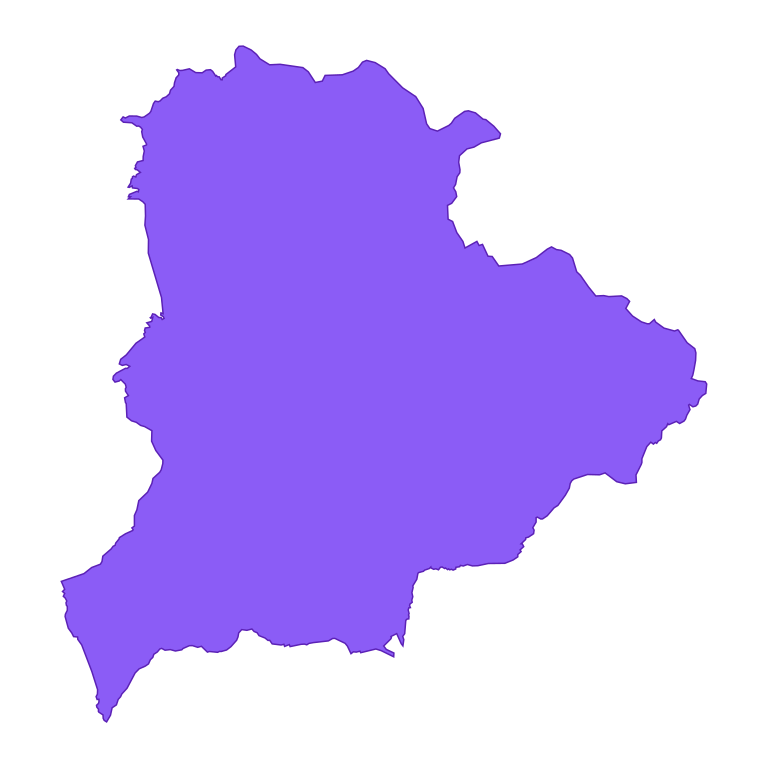 the district of Camarzana, Satu Mare, Romania
{"feature_id": "2599482B36340809154582", "entity_name": "Camarzana", "entity_type": "district", "adm_level": 2, "iso_a3": "ROU", "parent_name": "Romania", "parent_adm1": "Satu Mare", "projection": "albers", "projection_center": [23.295, 48.003], "detail": "fine", "context": "isolated", "style": "filled", "palette": "violet", "viewbox_px": 768, "rotation_deg": 0, "n_neighbors": 0, "source": "geoboundaries", "source_scale": "gbopen_adm2", "svg_char_len": 6045}
<svg xmlns="http://www.w3.org/2000/svg" viewBox="0 0 768 768"><path d="M705.2,381.7L697.9,380.9L691.3,378.5L692.8,375.1L693.9,370.0L695.6,360.4L695.9,352.9L694.8,348.7L687.1,342.7L678.5,330.3L677.8,329.8L674.5,331.0L664.0,328.1L655.7,322.1L654.3,319.5L649.5,323.7L647.4,323.8L641.5,321.9L632.5,316.0L625.8,308.5L629.6,301.4L626.9,298.6L621.6,295.9L608.8,296.6L603.7,295.6L595.8,296.0L588.4,286.8L580.4,275.3L576.7,271.8L572.5,258.0L569.6,254.5L561.1,250.3L556.5,249.6L551.5,246.9L547.3,249.1L536.3,257.6L522.3,264.0L498.8,266.0L492.2,256.5L488.0,256.2L482.5,244.4L479.1,245.5L476.9,241.4L465.0,248.0L462.9,241.4L456.8,232.6L452.6,221.5L448.1,219.2L447.5,205.4L451.7,203.3L456.7,196.6L455.8,191.8L453.5,187.9L455.6,184.4L457.1,176.7L459.8,172.8L460.0,169.7L458.7,162.3L459.5,155.7L467.0,148.9L474.0,147.1L481.4,142.8L499.3,138.1L500.5,133.8L493.8,126.2L485.8,119.6L483.1,119.2L475.5,112.9L468.4,110.8L464.6,111.4L454.7,118.3L451.4,123.2L448.9,125.4L437.4,131.1L429.9,128.6L426.6,123.8L423.1,108.4L415.8,96.7L402.6,87.8L388.7,73.8L385.1,68.7L375.2,62.6L366.6,60.4L362.5,62.1L358.4,67.5L353.2,71.1L342.3,74.8L325.1,75.4L322.3,81.1L315.3,82.5L308.3,71.8L302.9,67.6L280.1,64.3L269.6,64.8L259.9,58.8L256.5,54.4L251.2,50.0L243.2,46.1L239.0,46.3L235.9,49.9L234.6,54.8L235.7,66.9L225.9,74.5L225.7,75.8L222.3,78.0L222.2,79.8L221.0,79.8L219.2,76.8L217.7,76.8L216.3,75.5L215.7,76.0L212.6,71.3L210.5,69.7L206.1,70.1L202.2,72.8L195.7,72.6L189.4,68.8L182.4,70.4L179.8,70.5L177.3,69.5L176.7,69.9L178.8,72.8L178.7,75.0L176.1,77.8L174.5,82.8L174.0,86.4L170.5,90.2L169.5,93.8L166.2,96.8L162.8,98.2L160.0,101.0L158.3,101.7L155.2,101.1L153.5,103.5L150.9,111.3L149.5,113.2L144.2,116.9L141.8,117.5L136.8,116.1L129.3,116.0L125.4,118.0L123.1,116.9L120.8,119.9L123.4,122.2L131.9,122.8L136.7,126.2L138.6,126.0L140.5,127.1L142.4,129.5L141.7,131.6L142.7,137.0L146.6,144.1L146.5,144.9L143.0,146.3L144.3,151.0L143.2,156.4L143.1,160.5L137.5,161.9L135.4,165.6L135.9,167.7L134.7,168.3L135.4,169.5L137.2,169.8L140.4,172.4L136.5,174.7L135.8,176.9L133.5,176.1L132.5,176.8L132.3,178.5L131.3,179.1L130.6,183.2L128.1,187.1L129.2,187.4L132.1,185.9L132.5,187.9L137.4,188.5L138.8,189.5L138.3,191.8L136.9,191.3L129.4,194.4L128.4,196.7L130.5,196.8L128.3,198.9L138.7,199.0L142.9,201.8L145.2,204.3L145.5,215.9L144.9,225.2L148.5,239.5L148.3,253.1L161.5,297.5L163.1,313.7L161.0,312.9L160.7,315.0L163.3,316.6L164.1,318.4L162.2,319.5L161.1,317.6L158.8,317.5L155.0,314.4L152.6,313.9L151.2,317.1L150.3,317.7L150.8,318.2L152.8,317.4L151.7,321.4L146.8,322.8L149.7,326.1L149.7,327.3L145.2,328.0L144.5,330.6L145.3,332.4L143.8,333.9L144.8,337.0L136.0,343.2L126.3,354.9L120.7,359.3L119.3,363.9L122.3,365.4L126.2,364.5L129.8,366.3L127.3,368.4L125.5,368.3L116.4,373.1L113.4,376.2L112.9,379.4L115.0,382.1L119.2,381.0L120.8,379.6L125.3,384.1L126.2,387.3L125.4,388.7L125.5,391.2L128.4,395.6L124.6,397.8L125.5,402.7L126.2,403.5L126.9,417.1L131.5,420.8L136.3,422.3L140.6,425.4L144.7,426.6L151.9,430.7L151.6,441.2L155.8,450.5L162.9,460.1L162.8,463.6L161.2,469.8L159.7,472.3L153.0,478.4L151.9,483.4L147.7,492.1L138.8,500.6L136.9,509.8L134.4,515.5L134.4,526.1L131.9,527.9L133.1,529.5L132.7,530.5L125.6,533.7L119.4,537.6L119.0,539.0L115.7,543.1L115.1,545.3L113.1,546.3L111.1,549.0L102.8,556.2L102.0,561.5L100.4,564.2L91.7,567.5L84.0,573.6L61.3,581.4L64.7,589.3L62.5,591.5L64.7,593.4L63.3,596.3L65.2,598.0L66.8,601.0L66.0,602.8L66.4,605.3L67.3,606.4L67.3,610.3L65.4,614.2L65.1,616.5L68.3,628.2L71.8,633.0L73.6,636.6L77.6,637.0L77.8,639.4L81.7,644.9L91.8,671.4L97.6,689.7L97.4,694.2L96.1,696.6L97.1,699.5L98.9,699.3L99.0,701.3L98.5,703.4L96.5,705.3L96.8,707.1L98.5,709.2L98.4,711.4L99.0,712.3L103.0,714.9L103.2,718.4L104.2,720.4L106.6,721.9L110.5,715.2L112.1,707.8L116.4,704.9L118.2,699.4L120.6,696.7L121.8,694.0L127.0,688.3L135.1,673.0L139.2,668.8L145.3,666.1L148.5,663.9L150.4,659.7L152.8,657.4L153.8,654.3L157.3,652.0L159.8,649.0L161.7,648.4L165.0,650.2L170.3,649.6L175.4,651.0L181.8,649.8L183.0,648.5L189.3,645.7L192.4,645.6L197.7,647.3L201.4,646.3L207.4,652.1L209.4,651.5L217.7,652.3L219.5,651.4L221.2,651.5L226.6,650.0L231.0,646.6L236.6,640.3L238.0,636.9L238.7,632.9L241.7,629.6L246.9,630.3L251.9,629.0L254.1,631.5L257.1,632.7L259.0,635.6L265.0,638.0L268.0,640.4L269.7,640.3L272.2,643.9L281.1,645.0L283.9,644.3L284.6,646.4L289.3,644.6L290.1,646.6L301.1,644.3L304.5,644.1L306.8,644.8L309.0,643.4L313.4,642.6L328.4,640.9L332.6,638.5L334.9,638.4L345.1,643.3L347.4,646.1L351.0,653.7L353.4,651.8L356.2,652.1L360.0,651.2L360.7,652.7L375.9,649.0L381.1,650.6L393.7,656.8L393.9,653.0L386.3,649.4L383.7,646.0L390.7,639.0L391.4,637.7L391.0,636.5L396.7,633.6L401.2,643.7L402.9,645.9L403.8,639.6L402.7,636.4L404.7,633.7L405.8,620.3L407.2,619.0L408.8,618.9L409.0,616.1L408.5,615.0L409.1,613.6L408.2,610.0L408.8,607.9L410.4,607.6L409.6,605.7L409.9,604.1L412.2,602.3L411.8,600.1L412.8,596.7L411.9,592.7L413.1,587.5L412.8,585.9L416.8,579.3L417.9,573.4L418.6,572.6L423.4,571.3L424.7,570.1L429.4,568.5L430.8,567.1L430.9,567.9L433.6,569.3L435.9,568.8L438.5,569.8L440.4,567.3L442.1,567.0L444.6,568.5L445.5,568.0L447.6,569.6L448.7,568.9L449.6,569.8L451.5,569.3L453.1,570.1L455.7,569.0L455.9,567.3L459.7,566.7L460.4,565.4L463.3,566.0L467.4,564.5L472.4,565.9L477.9,565.7L488.3,563.5L504.9,563.3L513.1,560.0L517.8,556.8L517.8,554.5L521.1,551.6L520.1,549.9L523.7,546.6L522.4,544.0L521.1,543.8L525.6,539.5L525.8,537.8L528.5,537.1L533.6,533.7L534.1,530.1L532.8,527.7L536.1,522.1L536.1,517.6L537.3,517.1L540.8,519.0L542.6,518.9L547.2,515.8L554.1,507.8L557.9,505.4L565.4,495.1L569.3,488.2L570.2,483.5L571.8,480.7L573.9,479.0L587.5,474.5L599.6,474.8L605.1,472.9L616.7,481.7L625.3,483.8L636.4,482.4L636.0,474.9L641.3,464.3L641.9,462.4L641.9,458.7L646.8,446.6L650.8,442.2L653.4,444.1L655.3,442.5L656.7,443.3L658.4,440.9L660.5,439.8L661.4,438.0L661.8,430.9L666.5,426.7L667.8,423.7L668.8,424.7L676.4,421.4L679.6,423.5L684.0,421.1L685.5,419.1L686.8,415.3L690.0,409.6L688.6,405.1L689.4,404.4L692.9,406.8L695.8,406.0L697.7,404.1L699.2,399.0L702.4,395.5L705.8,393.4L706.7,384.0L705.2,381.7Z" fill="#8b5cf6" stroke="#5b21b6" stroke-width="1.5"/></svg>